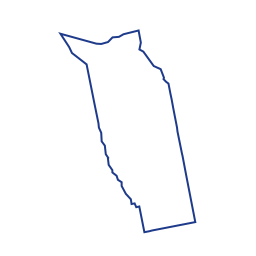 Tangipahoa, Louisiana, United States of America (orthographic projection), rotated 169°
{"feature_id": "52423323B76219766339167", "entity_name": "Tangipahoa", "entity_type": "district", "adm_level": 2, "iso_a3": "USA", "parent_name": "United States of America", "parent_adm1": "Louisiana", "projection": "orthographic", "projection_center": [-90.393, 30.617], "detail": "fine", "context": "isolated", "style": "outline", "palette": "blue", "viewbox_px": 256, "rotation_deg": 169, "n_neighbors": 0, "source": "geoboundaries", "source_scale": "gbopen_adm2", "svg_char_len": 962}
<svg xmlns="http://www.w3.org/2000/svg" viewBox="0 0 256 256"><g transform="rotate(169 128 128)"><path d="M84.5,22.8L79.9,22.8L79.9,70.9L79.8,90.4L79.9,92.1L80.1,115.2L79.8,119.0L79.8,120.9L79.8,139.1L79.7,148.1L79.8,153.1L79.8,163.9L81.8,166.1L83.8,169.2L83.1,170.5L84.7,179.5L90.9,183.9L98.4,200.1L101.8,202.9L99.1,209.4L99.0,221.7L114.5,220.9L119.5,219.2L125.9,219.9L131.2,216.2L138.2,215.6L142.9,216.8L156.6,223.6L176.3,233.4L170.3,218.6L168.7,212.3L156.9,198.8L156.5,198.4L156.5,197.8L156.3,159.3L156.1,138.2L156.5,133.9L155.2,128.4L156.4,119.9L154.1,115.1L154.8,106.5L153.1,102.4L153.5,102.0L154.0,95.5L151.4,89.6L151.8,87.3L148.3,83.3L147.8,79.1L144.6,76.0L145.3,72.3L142.7,63.8L138.8,57.5L139.0,52.7L135.9,52.7L135.0,48.7L131.9,48.8L131.8,22.6L126.6,22.6L124.0,22.8L114.1,22.8L113.0,22.8L110.6,22.8L109.5,22.8L109.3,22.8L106.0,22.8L101.9,22.8L101.5,22.8L101.1,22.8L99.1,22.8L98.9,22.8L84.5,22.8Z" fill="none" stroke="#1e3a8a" stroke-width="2"/></g></svg>